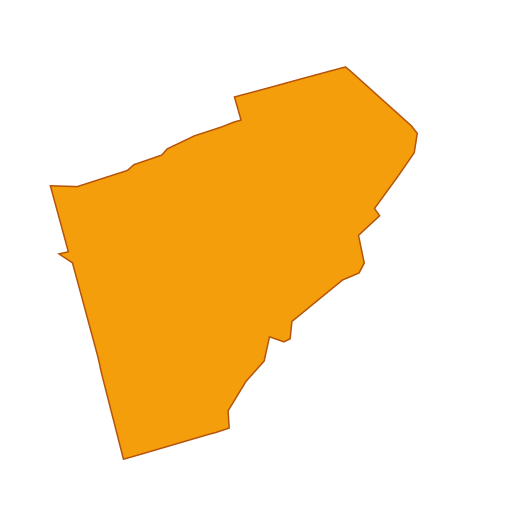 Douglas, Georgia, United States of America, rotated 344°
{"feature_id": "52423323B77615738086539", "entity_name": "Douglas", "entity_type": "district", "adm_level": 2, "iso_a3": "USA", "parent_name": "United States of America", "parent_adm1": "Georgia", "projection": "orthographic", "projection_center": [-84.755, 33.69], "detail": "fine", "context": "isolated", "style": "filled", "palette": "amber", "viewbox_px": 512, "rotation_deg": 344, "n_neighbors": 0, "source": "geoboundaries", "source_scale": "gbopen_adm2", "svg_char_len": 675}
<svg xmlns="http://www.w3.org/2000/svg" viewBox="0 0 512 512"><g transform="rotate(344 256 256)"><path d="M182.8,414.0L186.5,397.1L211.9,373.7L234.9,359.2L246.7,337.4L259.1,346.2L266.0,345.0L272.5,328.8L332.6,302.9L350.4,300.7L358.1,292.7L360.2,264.4L385.9,251.4L383.0,243.0L414.2,218.7L436.6,200.3L444.8,182.6L441.4,174.0L397.2,103.4L394.1,98.9L352.1,98.2L313.3,97.8L279.1,97.2L279.1,121.2L271.3,121.2L259.5,122.4L229.9,123.5L200.3,128.5L193.2,133.0L164.0,134.5L155.9,138.3L103.2,140.0L77.7,131.8L76.8,200.2L67.2,199.7L77.7,212.0L76.2,310.2L75.2,325.5L72.6,414.8L94.1,414.8L158.8,414.4L168.5,414.6L182.8,414.0Z" fill="#f59e0b" stroke="#b45309" stroke-width="1.5"/></g></svg>